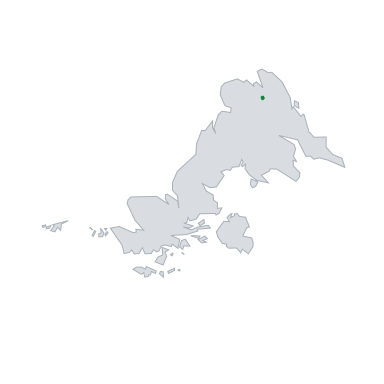 United Kingdom, with Enfield highlighted, rotated 242°
{"feature_id": "GBR-2067", "entity_name": "Enfield", "entity_type": "London Borough", "adm_level": 1, "iso_a3": "GBR", "parent_name": "United Kingdom", "parent_adm1": "", "projection": "albers", "projection_center": [-0.041, 51.645], "detail": "fine", "context": "in_parent", "style": "filled", "palette": "green", "viewbox_px": 384, "rotation_deg": 242, "n_neighbors": 0, "source": "natural_earth", "source_scale": "10m", "svg_char_len": 4015}
<svg xmlns="http://www.w3.org/2000/svg" viewBox="0 0 384 384"><g transform="rotate(242 192 192)"><path d="M201.2,295.2L185.9,304.5L181.3,303.6L175.8,298.3L169.8,298.6L172.5,296.2L167.5,293.7L158.4,296.3L154.7,293.8L152.6,288.8L172.5,277.6L175.7,271.7L174.1,269.8L174.2,261.2L164.2,263.7L171.8,254.7L180.5,250.6L187.8,249.8L191.5,252.4L190.6,248.6L192.3,247.8L194.6,251.3L197.4,251.2L192.4,245.4L194.9,239.3L193.1,236.1L195.6,233.0L196.4,227.0L191.4,228.1L185.0,215.7L187.4,209.9L194.5,205.2L186.2,205.0L179.4,209.3L174.8,207.2L170.4,209.4L165.7,206.7L163.9,210.9L160.6,206.0L160.3,202.4L162.1,202.5L169.1,188.6L166.1,182.9L167.5,176.5L171.3,176.5L167.5,173.1L168.4,170.2L161.4,177.2L161.6,172.3L165.4,167.9L159.0,173.4L158.4,180.3L155.0,190.7L151.5,191.2L156.6,179.3L154.8,178.9L157.1,166.8L163.5,153.1L155.9,158.9L148.9,153.1L155.4,149.9L153.5,148.3L158.0,143.1L158.7,139.6L155.5,135.2L155.6,132.8L159.1,130.8L156.9,127.3L159.4,121.5L166.1,122.0L162.7,116.5L164.2,111.9L169.1,111.6L168.1,108.2L169.5,103.2L178.0,105.3L198.4,102.9L195.7,111.5L183.7,121.0L182.8,123.9L185.5,125.0L180.9,131.4L193.8,128.4L212.1,129.3L215.1,131.8L216.3,135.7L204.7,158.7L191.8,165.8L198.5,165.1L202.0,167.4L201.6,169.2L190.6,175.1L184.0,172.9L195.4,177.4L202.6,175.6L209.5,179.3L217.1,188.7L223.4,213.0L232.4,218.7L241.9,229.5L239.9,232.2L245.2,243.7L238.8,240.2L232.4,240.5L238.4,241.4L247.8,251.4L249.3,256.3L244.1,263.4L248.0,266.1L252.7,261.6L264.7,262.6L271.3,267.3L272.9,272.1L270.6,285.0L264.5,289.3L265.3,292.8L256.4,296.2L258.9,297.3L258.8,300.6L250.7,303.6L268.0,306.2L267.8,311.3L261.7,315.2L260.3,318.6L247.0,323.2L229.5,323.1L218.4,319.3L219.8,321.4L207.4,323.8L208.6,326.6L207.2,327.2L190.3,323.5L183.0,325.5L177.6,336.2L168.7,331.5L159.0,333.8L151.5,340.3L142.0,338.5L156.5,326.8L162.4,320.4L163.8,314.8L167.9,313.7L170.0,309.3L188.5,309.7L201.2,295.2ZM144.6,227.4L134.3,226.3L134.6,223.4L129.3,216.1L123.5,223.1L118.9,222.4L115.0,220.0L111.1,212.8L117.8,209.6L115.6,206.5L121.6,205.1L125.1,198.2L127.8,196.7L129.6,198.1L132.4,194.6L140.0,193.7L145.5,194.8L151.2,206.4L148.2,211.1L153.0,210.9L154.5,215.6L154.1,217.2L151.3,213.9L151.2,218.6L152.8,219.1L151.8,221.7L148.1,222.5L144.6,227.4ZM151.7,107.5L149.4,112.2L145.8,114.5L147.6,116.7L139.0,123.4L137.2,121.5L140.9,118.8L138.1,116.3L139.3,115.1L137.9,113.7L139.2,110.3L143.5,111.6L143.1,108.5L151.5,103.6L151.7,107.5ZM150.5,131.3L150.2,136.6L157.1,139.6L151.9,144.3L151.5,139.9L147.1,139.5L141.1,132.2L147.7,126.6L150.5,131.3ZM224.2,49.1L227.0,54.5L228.5,53.7L224.8,69.3L225.0,61.7L219.8,58.0L223.9,56.7L221.2,52.2L224.2,49.1ZM153.5,163.9L145.1,164.7L148.3,159.4L145.7,157.0L149.2,155.2L154.1,159.9L153.5,163.9ZM171.4,247.0L175.7,250.4L170.0,254.8L167.2,251.1L167.2,247.6L171.4,247.0ZM147.1,175.0L147.1,182.6L143.6,183.7L144.1,178.9L140.9,181.0L142.5,176.7L147.1,175.0ZM199.0,90.1L198.6,92.7L203.0,94.2L197.1,95.0L194.5,92.1L196.2,88.7L199.0,90.1ZM162.2,189.6L158.7,188.4L158.5,183.2L161.4,182.8L162.2,189.6ZM224.5,325.2L221.1,327.9L215.7,325.7L220.2,322.8L224.5,325.2ZM149.4,178.4L147.9,176.1L153.9,170.3L152.5,173.3L149.4,178.4ZM135.1,124.9L136.6,126.7L135.0,129.1L130.2,126.7L135.1,124.9ZM132.9,140.6L130.9,139.9L131.2,133.0L133.3,133.4L132.9,140.6ZM228.6,51.8L227.0,49.3L228.0,46.1L229.4,47.1L228.6,51.8ZM203.7,87.8L202.5,88.5L199.2,83.9L200.4,83.3L203.7,87.8ZM197.0,98.4L195.3,98.7L193.8,95.1L195.6,95.3L197.0,98.4ZM232.5,43.7L231.7,47.2L230.4,46.8L230.5,43.7L232.5,43.7ZM208.2,85.6L204.8,86.7L208.5,84.9L208.2,85.6ZM147.2,146.1L146.2,146.3L145.0,144.4L146.8,143.7L147.2,146.1ZM200.9,97.7L199.7,99.6L198.9,97.7L200.9,97.7ZM142.6,155.1L140.4,155.9L143.4,154.1L142.6,155.1ZM129.9,144.5L128.5,144.7L128.0,144.1L129.5,142.9L129.9,144.5Z" fill="#d9dde1" stroke="#a8b0b8" stroke-width="1"/><path d="M240.8,297.4L243.1,297.7L243.2,298.0L243.1,298.5L243.3,298.6L243.1,298.8L243.1,299.0L243.0,299.3L242.9,299.4L242.9,299.5L242.8,299.8L241.1,299.6L241.3,299.1L240.5,298.4L240.5,297.9L240.6,297.7L240.8,297.4Z" fill="#22c55e" stroke="#15803d" stroke-width="1.5"/></g></svg>